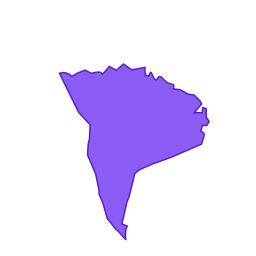 Santa María Jaltianguis, Oaxaca, Mexico (Albers equal-area conic projection), rotated 141°
{"feature_id": "50627088B4458408307451", "entity_name": "Santa María Jaltianguis", "entity_type": "district", "adm_level": 2, "iso_a3": "MEX", "parent_name": "Mexico", "parent_adm1": "Oaxaca", "projection": "albers", "projection_center": [-96.545, 17.361], "detail": "fine", "context": "isolated", "style": "filled", "palette": "violet", "viewbox_px": 256, "rotation_deg": 141, "n_neighbors": 0, "source": "geoboundaries", "source_scale": "gbopen_adm2", "svg_char_len": 1194}
<svg xmlns="http://www.w3.org/2000/svg" viewBox="0 0 256 256"><g transform="rotate(141 128 128)"><path d="M54.8,105.0L55.1,103.9L55.8,111.9L60.1,116.6L62.1,122.1L63.7,125.3L68.1,129.8L65.8,131.9L65.5,133.1L69.2,138.8L69.7,143.3L70.1,146.9L72.0,148.4L75.7,147.4L76.5,148.6L76.4,151.1L75.1,156.2L75.5,157.1L79.7,155.5L81.3,158.3L76.7,164.5L88.4,170.8L91.3,180.6L100.8,180.2L103.7,187.6L110.1,186.5L113.8,185.9L114.6,189.0L117.2,191.1L122.2,193.7L125.0,200.1L133.4,202.6L138.0,203.2L139.6,204.2L139.7,206.9L140.4,207.8L141.5,209.9L143.0,211.0L143.0,211.5L146.8,213.7L156.5,171.2L155.6,156.8L155.2,154.5L164.9,143.7L168.4,141.1L172.9,136.4L176.4,132.5L182.0,112.8L189.3,98.5L192.1,94.8L194.7,85.6L201.1,70.7L201.1,63.4L201.2,57.9L200.7,54.6L200.0,42.3L199.1,44.2L198.6,44.9L198.1,45.5L195.2,48.9L193.9,50.1L190.3,52.3L190.5,52.6L193.1,57.3L175.3,71.2L169.9,74.3L159.2,82.4L151.5,88.2L146.7,88.4L144.1,88.0L141.0,87.2L131.8,84.7L128.7,83.6L111.4,77.6L105.3,76.0L100.4,74.6L80.9,69.2L77.9,71.3L73.9,74.0L72.9,75.1L72.3,76.2L73.4,79.8L68.2,83.3L65.4,80.3L60.8,82.1L60.4,87.1L55.0,93.9L57.1,96.8L60.6,93.2L66.9,98.2L55.6,100.3L54.8,105.0Z" fill="#8b5cf6" stroke="#5b21b6" stroke-width="1.5"/></g></svg>